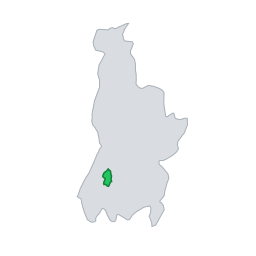 Slovenia, with Železniki highlighted, rotated 286°
{"feature_id": "SVN-1020", "entity_name": "Železniki", "entity_type": "Municipality", "adm_level": 1, "iso_a3": "SVN", "parent_name": "Slovenia", "parent_adm1": "", "projection": "robinson", "projection_center": [14.116, 46.221], "detail": "fine", "context": "in_parent", "style": "filled", "palette": "green", "viewbox_px": 256, "rotation_deg": 286, "n_neighbors": 0, "source": "natural_earth", "source_scale": "10m", "svg_char_len": 2144}
<svg xmlns="http://www.w3.org/2000/svg" viewBox="0 0 256 256"><g transform="rotate(286 128 128)"><path d="M228.7,99.7L223.0,97.8L216.2,96.9L214.9,98.0L212.2,99.1L210.8,101.0L212.0,108.6L210.3,109.9L202.5,109.1L200.0,110.0L195.8,115.3L191.5,117.5L186.0,119.1L181.9,121.0L176.8,122.6L172.4,123.6L170.7,125.9L169.7,128.5L170.0,130.9L174.5,135.8L175.1,141.0L174.7,147.3L173.7,150.7L171.9,152.9L161.0,155.8L149.6,161.0L149.3,162.2L154.6,166.8L154.8,168.0L150.5,170.6L150.1,173.2L150.6,176.3L152.9,179.4L153.7,182.2L147.5,184.3L138.9,183.5L128.9,179.6L125.3,180.2L121.9,182.2L118.4,181.3L114.6,178.9L109.1,173.9L106.5,170.8L105.4,167.5L103.9,167.0L101.7,168.0L99.8,172.0L94.8,179.1L91.1,181.1L85.5,180.7L77.6,180.8L72.7,181.4L66.7,178.8L65.3,179.3L65.3,181.0L63.0,183.6L59.3,185.3L42.3,181.4L39.9,178.2L43.8,176.7L49.1,172.6L52.7,173.0L57.2,172.2L59.1,170.4L56.3,165.2L49.3,158.7L45.5,156.3L40.3,154.6L39.5,152.9L42.3,142.7L41.5,141.3L35.6,141.7L34.2,140.7L33.7,138.9L34.2,136.5L38.1,132.5L42.6,129.0L43.7,127.0L43.6,125.5L37.9,123.9L34.5,122.3L31.8,121.8L30.0,122.7L28.6,121.7L27.3,118.8L28.6,114.3L33.7,110.2L39.2,106.5L43.9,103.8L46.7,102.7L48.0,98.1L50.8,98.6L56.4,98.8L62.7,99.9L68.5,101.1L73.6,102.8L84.4,104.4L94.2,105.5L97.2,106.4L99.6,106.3L102.5,107.7L104.3,106.7L105.6,104.8L110.9,102.6L115.8,99.8L119.3,96.1L121.2,93.3L124.5,91.3L128.1,90.7L131.4,89.6L145.3,88.3L159.5,89.4L166.3,87.4L171.9,83.9L180.1,82.9L180.5,82.8L192.8,85.5L193.7,84.0L194.2,83.3L193.9,75.6L197.7,72.2L201.3,70.7L213.5,71.2L215.1,73.5L215.8,77.1L216.9,82.0L219.0,83.4L220.1,85.3L220.0,88.6L222.4,91.1L228.0,97.9L228.7,99.7Z" fill="#d9dde1" stroke="#a8b0b8" stroke-width="1"/><path d="M77.9,117.2L79.6,118.2L80.6,119.2L81.5,119.6L83.2,120.2L82.8,121.0L82.3,121.4L82.0,122.8L81.7,123.1L81.1,123.3L80.0,123.8L79.5,124.2L78.1,124.6L77.6,125.3L73.5,126.0L73.3,126.3L72.0,127.0L71.6,126.3L69.8,125.8L67.4,125.6L66.8,125.4L66.5,125.2L66.5,124.8L66.5,124.1L67.5,122.1L67.6,121.6L67.0,120.5L67.8,120.0L69.1,119.7L72.7,120.2L73.2,120.0L73.4,119.5L73.6,118.3L73.9,117.8L74.3,117.2L75.0,117.0L75.8,117.0L77.9,117.2Z" fill="#22c55e" stroke="#15803d" stroke-width="1.5"/></g></svg>